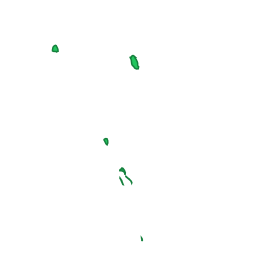 outline of Dependencias Federales, rotated 243°
{"feature_id": "VEN-44", "entity_name": "Dependencias Federales", "entity_type": "Federal Dependency", "adm_level": 1, "iso_a3": "VEN", "parent_name": "Venezuela", "parent_adm1": "", "projection": "orthographic", "projection_center": [-66.343, 11.477], "detail": "fine", "context": "isolated", "style": "filled", "palette": "green", "viewbox_px": 256, "rotation_deg": 243, "n_neighbors": 0, "source": "natural_earth", "source_scale": "10m", "svg_char_len": 1397}
<svg xmlns="http://www.w3.org/2000/svg" viewBox="0 0 256 256"><g transform="rotate(243 128 128)"><path d="M188.8,161.9L189.3,161.9L189.9,161.9L190.1,162.2L189.5,162.9L190.5,164.4L190.3,165.4L189.3,166.1L187.6,166.7L187.9,166.0L188.1,165.8L186.6,166.3L185.4,166.4L182.7,166.3L181.3,166.0L180.0,165.3L178.9,164.9L177.8,165.3L176.1,164.0L176.8,162.3L178.5,161.1L180.1,161.0L181.8,160.3L183.4,160.4L186.9,161.7L187.6,161.9L188.8,161.9ZM230.9,95.7L231.8,96.1L233.9,97.8L234.4,98.6L234.7,99.8L234.6,100.9L234.0,101.4L231.0,101.4L229.4,101.1L228.1,100.5L228.3,100.0L228.4,99.8L228.3,99.6L228.1,99.0L229.0,98.3L230.1,96.4L230.9,95.7ZM126.7,101.3L128.3,101.2L128.7,101.6L128.8,103.0L128.0,104.4L126.0,104.2L123.8,103.2L122.5,101.7L123.5,101.3L124.7,101.2L126.7,101.3ZM94.2,104.1L95.2,104.2L95.6,104.1L94.3,105.2L91.9,105.6L89.3,105.3L87.6,104.1L89.7,104.6L91.2,104.3L92.5,103.2L93.7,101.3L94.3,101.7L94.6,102.5L94.6,103.3L94.2,104.1ZM85.6,98.1L86.8,98.0L87.1,98.2L85.4,98.4L85.1,98.3L84.2,98.6L83.0,98.3L82.4,98.3L81.9,98.2L79.8,98.0L80.0,97.8L85.6,98.1ZM84.5,104.5L85.4,104.1L85.9,104.1L86.0,104.2L82.7,105.5L82.4,105.8L80.5,106.3L79.9,106.5L79.1,106.7L77.6,106.6L77.3,106.3L78.8,106.5L79.8,106.4L80.2,106.3L80.4,106.2L84.5,104.5ZM22.5,89.8L23.1,89.9L23.9,90.2L23.3,90.3L21.9,90.0L21.4,89.8L21.3,89.5L21.5,89.3L21.8,89.4L22.1,89.7L22.5,89.8Z" fill="#22c55e" stroke="#15803d" stroke-width="1.5"/></g></svg>